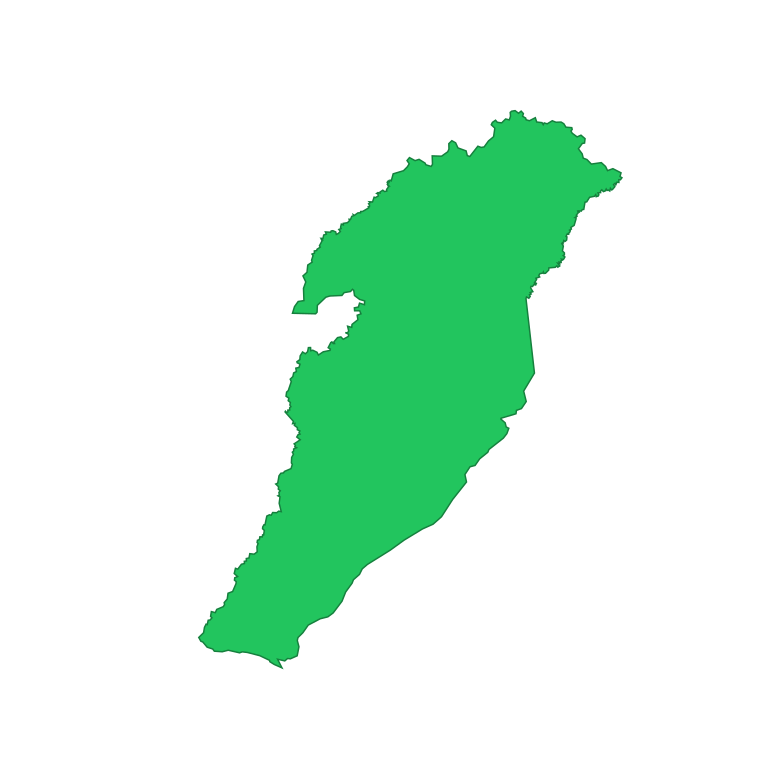 Mporokoso, Northern, Zambia (orthographic projection), rotated 122°
{"feature_id": "96606910B5671768599011", "entity_name": "Mporokoso", "entity_type": "district", "adm_level": 2, "iso_a3": "ZMB", "parent_name": "Zambia", "parent_adm1": "Northern", "projection": "orthographic", "projection_center": [29.924, -9.464], "detail": "fine", "context": "isolated", "style": "filled", "palette": "green", "viewbox_px": 768, "rotation_deg": 122, "n_neighbors": 0, "source": "geoboundaries", "source_scale": "gbopen_adm2", "svg_char_len": 6114}
<svg xmlns="http://www.w3.org/2000/svg" viewBox="0 0 768 768"><g transform="rotate(122 384 384)"><path d="M79.3,294.9L80.1,304.0L84.6,307.5L82.1,311.4L81.1,317.0L87.6,324.7L86.1,330.9L86.9,334.7L83.8,337.9L81.5,343.8L74.9,343.3L73.4,341.6L69.4,343.5L68.6,348.8L72.1,351.2L71.6,357.3L70.4,359.5L68.4,359.3L67.1,360.6L69.8,365.8L68.0,369.4L68.0,372.6L70.9,376.9L71.6,380.8L76.9,383.5L77.7,386.5L79.7,386.4L78.6,388.5L80.9,393.3L78.0,396.8L83.7,400.2L84.6,403.5L83.4,404.8L83.5,408.3L80.8,409.1L79.9,412.3L83.1,413.4L82.7,417.7L85.0,420.3L86.8,420.9L89.9,418.6L93.6,417.7L94.8,421.3L100.2,422.6L102.0,426.6L101.2,429.2L104.7,430.7L107.3,430.4L108.3,425.6L116.2,422.1L122.5,424.2L129.9,424.7L131.9,427.0L132.6,430.4L145.6,431.8L146.2,434.4L142.8,437.9L144.6,446.4L141.5,451.1L141.7,455.4L145.8,456.4L150.4,453.4L153.3,453.0L160.3,455.9L165.0,464.0L172.0,459.3L174.5,459.3L175.9,464.7L174.9,466.2L174.9,473.3L178.1,476.0L178.5,482.4L182.3,482.9L183.9,479.3L187.5,479.3L192.8,480.5L200.9,487.6L207.8,485.5L207.9,486.9L210.1,486.7L209.5,488.0L211.3,488.2L212.0,486.8L212.9,487.0L213.4,484.8L213.8,485.5L214.4,484.6L217.6,484.9L218.9,483.9L220.5,485.5L220.3,487.7L223.3,489.1L224.2,488.5L224.9,490.6L226.3,491.2L226.1,489.8L227.5,488.5L230.4,490.0L230.8,491.4L235.7,490.2L237.2,492.9L237.4,491.8L239.3,492.6L239.9,491.1L241.2,490.4L241.9,491.3L242.7,490.3L248.9,493.5L250.1,495.2L251.2,494.6L252.7,496.8L256.7,498.5L256.7,499.8L257.4,499.0L259.0,500.2L262.1,499.6L262.8,500.9L263.7,499.8L266.6,500.5L269.4,503.7L270.6,502.8L271.0,504.9L274.1,503.9L274.9,502.7L276.9,504.2L277.8,501.8L280.7,502.6L282.4,503.7L280.6,505.6L281.1,508.6L282.2,509.9L283.6,509.7L286.1,514.3L287.5,512.3L289.6,514.1L292.8,512.9L293.8,514.5L294.3,512.8L294.7,513.5L295.4,512.4L301.0,512.0L301.7,510.6L305.2,512.2L306.5,511.8L308.1,513.6L309.9,512.3L312.0,513.9L312.7,512.2L317.5,511.0L318.7,509.5L323.5,511.7L330.1,508.5L335.3,510.0L338.9,504.4L345.5,503.0L355.7,496.1L359.5,500.5L365.8,500.9L372.5,499.1L360.7,479.2L358.6,478.8L352.6,482.2L341.2,479.3L338.1,476.6L331.2,466.6L327.6,466.2L323.3,461.4L320.4,460.9L320.6,459.3L324.6,455.9L325.2,449.5L323.8,444.4L327.1,442.6L328.4,447.6L332.3,446.5L335.1,449.5L337.5,447.7L334.8,443.4L336.7,440.7L339.9,443.2L343.3,440.2L350.4,442.7L353.1,441.4L354.3,445.5L357.8,442.0L359.9,442.1L360.9,444.0L360.6,440.4L362.5,439.4L367.7,442.3L366.9,445.5L369.3,448.0L374.8,448.8L375.9,447.4L376.6,448.4L375.9,450.5L377.1,451.1L382.8,450.6L382.8,448.0L384.1,447.6L388.9,452.6L394.2,455.0L392.6,457.6L393.1,462.3L394.6,463.7L392.0,465.6L393.2,467.4L397.1,465.9L400.0,466.7L400.0,470.0L404.6,470.0L407.9,468.3L411.2,469.7L412.0,468.9L411.7,465.7L415.0,464.9L417.3,467.2L419.9,464.9L422.5,466.5L426.0,465.2L429.6,466.1L431.1,463.9L440.3,461.7L442.5,462.3L446.3,460.6L446.4,457.2L448.9,456.4L449.3,453.6L451.7,452.7L452.6,450.9L454.1,451.4L456.1,450.2L457.1,451.7L458.7,450.7L459.7,451.4L459.3,453.2L460.1,453.1L463.7,441.0L466.1,440.5L464.6,438.6L466.6,438.1L466.9,434.3L468.7,433.3L468.4,430.5L470.3,430.3L471.0,428.7L472.4,430.0L475.2,429.9L475.7,425.5L482.4,428.5L483.0,426.6L484.5,426.4L484.4,424.4L487.0,426.2L488.7,425.1L490.4,425.6L491.5,423.6L495.2,423.4L500.0,420.7L500.7,419.2L505.0,418.0L510.9,422.1L512.6,422.1L514.4,424.2L517.5,424.4L524.4,421.6L526.2,422.8L527.0,419.0L529.2,417.9L529.5,415.4L531.6,415.7L533.6,413.9L535.0,414.7L534.8,412.4L540.7,409.7L546.7,403.5L547.6,405.9L550.0,406.8L552.0,410.3L555.0,410.1L555.7,411.9L558.1,413.4L566.5,410.3L566.9,411.2L569.5,411.1L571.1,410.3L571.6,407.9L575.8,406.1L576.3,407.0L578.1,406.2L579.4,408.3L582.0,407.2L583.6,408.5L585.7,407.6L585.9,406.3L589.4,405.5L593.5,402.6L597.1,403.9L599.0,407.9L603.1,406.3L605.0,408.3L607.0,406.9L608.4,408.5L610.2,407.2L612.4,409.4L618.5,409.9L619.0,412.3L624.1,410.6L624.9,406.1L627.4,407.9L629.6,406.9L629.9,404.6L631.8,403.7L640.2,402.4L644.1,405.4L649.4,403.0L654.1,403.7L655.6,402.3L658.0,402.3L663.8,406.4L667.3,405.9L668.5,409.8L673.0,407.9L673.5,406.0L676.4,406.5L677.5,407.9L681.7,406.4L681.9,407.6L685.5,407.3L690.5,405.2L697.1,406.8L699.2,403.0L698.8,401.0L700.9,394.5L699.5,388.8L700.5,386.3L696.8,379.3L692.3,375.0L688.5,364.0L686.3,362.3L684.1,357.7L680.2,345.3L679.0,334.7L680.0,333.6L680.0,328.5L678.8,320.1L673.8,328.4L671.4,321.4L667.9,320.3L666.7,317.8L660.5,313.6L651.9,316.9L647.5,321.6L644.6,322.6L637.9,321.0L628.6,320.5L616.9,313.7L611.2,308.2L605.1,305.8L590.5,304.5L580.7,306.3L569.8,305.5L566.2,306.2L558.5,303.9L552.3,304.5L545.9,302.5L521.7,290.7L505.7,284.2L486.4,274.5L476.9,268.1L466.1,264.9L445.6,264.6L423.4,262.1L417.9,267.4L408.6,267.2L404.8,263.6L396.7,263.2L386.9,259.8L383.9,260.3L366.7,254.1L361.0,253.5L355.4,254.7L355.7,257.6L352.7,260.7L351.8,266.4L351.0,266.6L339.3,256.3L336.2,257.7L332.0,254.4L323.5,254.1L316.0,261.8L295.0,262.2L236.4,308.8L234.7,309.3L234.5,306.6L232.3,306.4L231.2,308.0L229.7,306.9L229.0,308.5L226.8,306.7L224.8,310.6L223.3,311.1L222.6,309.7L220.3,309.6L220.0,308.7L219.1,309.4L219.3,307.9L217.9,308.1L218.1,310.0L214.5,310.0L213.8,311.2L210.7,308.7L209.8,310.3L207.9,310.3L205.7,308.0L204.6,308.2L205.5,307.0L204.5,305.7L200.1,304.7L198.2,305.7L194.3,300.6L192.2,300.0L192.8,298.5L190.7,297.5L189.5,300.7L188.8,298.7L187.8,300.1L187.0,298.2L185.8,299.2L184.6,298.5L184.1,299.6L183.3,297.8L180.4,297.9L180.1,300.1L178.8,299.5L177.2,300.5L176.6,303.2L172.0,305.0L170.8,307.4L170.1,306.5L169.5,307.6L168.3,306.8L167.1,307.6L166.9,305.9L165.1,305.4L162.3,306.8L162.4,307.8L160.1,308.2L159.2,306.9L158.7,307.6L157.4,306.9L155.4,307.2L155.2,308.2L153.3,307.2L152.2,308.5L148.7,306.8L142.3,308.6L141.1,309.3L141.5,310.1L139.3,309.2L138.9,310.4L136.0,310.0L134.8,311.2L134.6,309.7L133.9,310.4L132.8,308.3L131.0,308.3L130.1,307.1L123.3,309.9L122.1,308.6L116.7,308.6L113.3,305.0L111.2,304.8L112.7,303.3L111.0,301.9L109.6,302.1L108.5,303.8L106.9,301.7L105.6,302.6L103.9,302.2L104.6,299.9L103.1,298.7L100.9,298.9L101.7,297.4L100.7,296.7L100.7,294.8L98.1,295.7L98.8,293.8L98.0,293.3L94.4,292.8L93.2,295.0L91.4,294.4L92.2,293.0L89.4,293.4L88.6,291.6L86.3,293.1L85.5,291.7L83.0,291.5L83.0,293.8L79.3,294.9Z" fill="#22c55e" stroke="#15803d" stroke-width="1.5"/></g></svg>